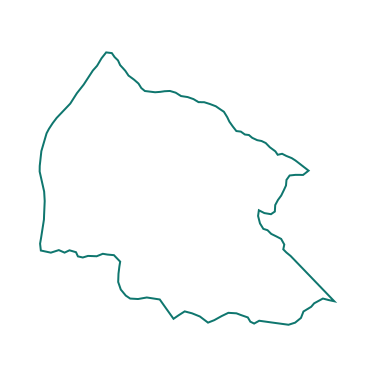 outline of Praia Norte, Tocantins, Brazil, rotated 277°
{"feature_id": "56859067B13207175256086", "entity_name": "Praia Norte", "entity_type": "district", "adm_level": 2, "iso_a3": "BRA", "parent_name": "Brazil", "parent_adm1": "Tocantins", "projection": "orthographic", "projection_center": [-47.779, -5.489], "detail": "fine", "context": "isolated", "style": "outline", "palette": "teal", "viewbox_px": 384, "rotation_deg": 277, "n_neighbors": 0, "source": "geoboundaries", "source_scale": "gbopen_adm2", "svg_char_len": 1761}
<svg xmlns="http://www.w3.org/2000/svg" viewBox="0 0 384 384"><g transform="rotate(277 192 192)"><path d="M100.9,346.5L140.5,297.7L143.5,293.0L146.2,289.6L151.1,290.0L156.3,286.2L158.1,281.4L160.1,275.7L163.3,271.6L164.1,267.3L169.1,263.3L176.3,260.5L182.0,260.6L179.9,266.4L179.6,273.1L182.7,276.6L189.2,276.2L194.6,278.3L199.4,281.0L204.9,282.9L209.9,284.5L215.5,284.3L220.3,286.9L221.6,292.5L222.5,300.2L227.4,305.1L235.9,290.8L237.8,286.8L239.3,281.2L240.9,276.8L239.4,272.5L242.5,269.8L245.9,263.8L249.6,259.2L251.1,254.8L251.4,250.4L253.1,245.2L255.5,241.5L255.5,237.5L257.9,233.1L257.9,228.6L262.0,224.5L266.4,220.5L270.5,217.9L275.5,213.9L277.9,209.2L280.0,205.2L281.5,199.1L282.6,193.2L282.0,187.5L284.4,182.1L285.7,176.1L285.9,169.4L288.6,163.7L289.6,157.8L288.7,152.6L287.5,148.2L286.5,143.2L286.5,137.5L286.5,132.9L289.0,129.0L293.1,125.7L296.5,120.7L299.8,114.8L304.2,111.0L309.2,105.2L313.6,102.5L316.5,98.7L320.1,95.5L320.1,89.8L313.7,85.9L305.7,82.4L300.5,78.8L285.4,71.4L276.0,65.7L264.9,60.4L249.0,48.6L243.3,45.3L237.2,42.3L232.5,40.5L214.2,37.5L199.2,37.7L193.7,38.3L174.4,45.2L165.1,46.9L151.1,48.0L146.6,48.4L128.3,47.8L122.2,47.5L115.5,49.1L114.6,59.3L118.1,66.9L116.3,72.9L119.2,77.5L118.1,84.2L114.2,86.6L113.7,91.6L115.9,96.6L116.6,105.2L119.8,111.0L119.6,115.6L119.8,122.2L114.1,129.2L109.1,129.0L101.9,129.0L93.7,129.7L86.5,133.2L81.1,138.9L78.7,143.6L79.2,151.5L81.8,160.0L81.4,173.1L73.7,180.1L63.9,189.1L67.9,193.6L72.6,199.3L71.6,206.8L69.4,215.0L64.3,223.8L67.5,229.7L72.5,236.6L76.5,242.8L77.0,250.9L75.9,255.3L74.3,262.7L70.4,265.7L69.0,269.7L72.4,274.4L72.2,287.4L72.0,304.0L74.9,310.3L80.3,315.5L87.0,317.2L92.6,324.3L96.4,326.8L102.2,334.9L101.4,340.9L100.9,346.5Z" fill="none" stroke="#0f766e" stroke-width="2"/></g></svg>